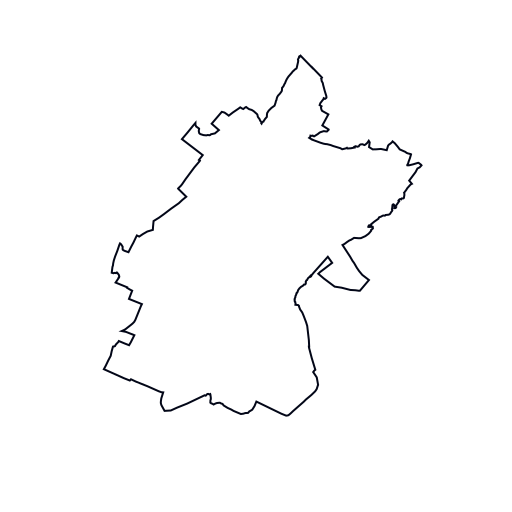 Todiresti, Vaslui, Romania (Albers equal-area conic projection), rotated 219°
{"feature_id": "2599482B7310026147144", "entity_name": "Todiresti", "entity_type": "district", "adm_level": 2, "iso_a3": "ROU", "parent_name": "Romania", "parent_adm1": "Vaslui", "projection": "albers", "projection_center": [27.385, 46.85], "detail": "fine", "context": "isolated", "style": "outline", "palette": "ink", "viewbox_px": 512, "rotation_deg": 219, "n_neighbors": 0, "source": "geoboundaries", "source_scale": "gbopen_adm2", "svg_char_len": 6115}
<svg xmlns="http://www.w3.org/2000/svg" viewBox="0 0 512 512"><g transform="rotate(219 256 256)"><path d="M347.6,439.3L347.9,438.7L348.0,438.2L347.4,436.8L347.2,435.6L346.9,434.9L346.1,434.4L345.3,433.0L342.7,427.7L342.6,427.1L343.2,425.3L343.3,424.0L343.6,422.4L343.5,421.3L343.7,416.0L343.6,414.6L343.3,412.4L342.7,410.1L342.2,408.7L342.1,407.6L341.5,405.2L341.5,403.9L341.6,403.2L339.9,400.7L339.7,399.7L339.6,397.0L339.8,394.6L339.6,393.1L339.1,391.7L338.2,389.9L338.1,389.1L337.3,387.5L336.2,384.5L337.2,380.8L337.6,377.0L337.3,374.2L336.5,372.8L335.1,370.9L335.2,368.2L334.9,365.4L334.8,365.1L335.1,364.8L335.3,363.6L335.0,362.4L335.4,362.5L335.4,362.9L335.7,363.3L337.9,363.8L339.6,364.7L341.5,365.1L342.4,365.5L343.7,366.6L344.5,366.9L349.0,367.1L351.3,366.8L353.7,365.8L355.8,365.6L357.4,365.6L357.8,364.9L358.4,362.2L359.4,361.9L361.8,361.6L362.4,359.3L364.3,353.0L365.5,347.9L366.7,347.9L370.2,347.7L370.9,347.6L373.3,346.5L373.7,330.9L364.1,330.5L365.1,325.4L367.6,322.3L367.7,321.4L368.0,320.7L369.7,319.6L370.5,318.5L372.9,316.9L376.0,315.7L377.3,315.7L378.7,316.7L379.6,317.8L380.0,318.7L380.4,319.2L384.0,319.0L385.6,319.8L386.8,321.3L386.9,317.9L386.9,309.1L387.1,300.2L360.9,300.9L360.8,294.7L359.6,294.8L359.5,294.3L359.7,286.0L359.1,271.4L358.6,265.2L358.6,263.3L359.0,259.7L359.0,259.4L358.7,259.3L347.5,258.2L348.5,253.4L349.2,248.4L351.7,239.6L353.9,230.6L355.5,224.7L357.6,218.7L354.2,213.6L352.6,211.4L355.9,206.6L357.7,201.9L359.0,197.6L361.5,197.0L361.1,195.1L359.7,189.3L358.9,185.0L357.5,178.7L361.4,177.3L363.1,177.0L363.6,177.1L364.0,177.4L365.5,179.3L368.2,180.2L369.6,180.2L369.3,178.9L367.0,172.7L365.2,167.0L363.7,163.1L362.4,160.5L361.2,158.6L360.7,157.2L357.6,152.2L355.9,152.9L355.5,153.7L354.0,154.6L354.0,155.4L353.6,155.7L350.9,155.1L349.4,154.1L349.2,152.9L348.9,152.9L348.4,147.0L336.8,150.5L336.8,150.2L336.5,150.1L333.3,150.5L330.4,151.1L327.7,142.7L314.4,146.8L313.9,144.6L309.6,130.5L309.2,128.2L309.4,125.9L309.8,123.9L311.4,116.9L312.0,115.4L313.1,113.2L309.3,115.2L300.7,117.9L299.0,110.1L298.5,106.8L303.2,105.3L309.1,103.6L308.9,102.5L309.2,99.1L308.9,97.2L309.3,96.5L310.1,95.8L310.1,95.5L308.3,91.3L306.1,87.0L305.1,82.0L303.7,76.1L303.0,72.3L281.8,77.9L275.7,79.8L275.6,81.5L270.3,82.8L258.3,86.5L246.4,89.7L243.8,90.6L242.3,91.6L240.0,85.8L238.6,83.4L237.5,81.9L236.6,81.2L235.5,80.5L229.6,78.1L225.0,82.3L221.9,88.5L216.6,98.0L208.3,115.4L207.5,115.6L207.2,115.8L207.1,116.2L207.1,117.3L206.9,118.2L206.3,118.8L205.1,119.1L204.7,119.9L204.1,119.5L201.7,117.2L200.9,116.1L200.7,115.3L199.2,113.3L198.2,113.3L196.6,113.8L195.5,113.9L194.7,115.8L193.8,117.2L192.0,119.0L191.5,119.3L190.3,119.4L189.0,120.0L187.1,119.5L182.4,120.1L178.6,121.1L175.9,121.5L168.3,123.7L166.6,125.5L165.5,127.2L163.5,129.0L163.4,129.3L163.4,131.2L163.0,131.9L162.2,134.2L162.7,138.4L164.1,143.1L137.0,149.4L132.1,150.9L130.8,152.3L130.4,153.4L130.0,155.6L129.6,158.8L127.2,172.8L126.9,175.8L125.5,182.9L124.9,187.8L124.9,188.6L125.1,190.8L126.5,194.4L126.6,194.9L132.4,199.9L138.5,201.8L138.6,203.6L138.3,204.9L148.5,211.8L157.2,218.2L157.9,218.9L157.7,219.1L162.0,223.9L172.2,233.9L175.5,236.1L180.8,239.2L184.5,241.2L188.0,242.2L190.8,243.8L191.3,244.3L192.3,244.4L194.7,242.9L195.5,244.2L196.2,244.5L196.6,245.0L197.1,245.0L197.6,245.3L198.1,245.9L198.2,246.3L198.7,246.5L199.0,247.0L199.5,248.8L200.1,249.6L200.3,250.6L200.6,251.6L200.9,252.0L200.9,252.7L201.2,253.0L201.0,253.9L201.8,256.1L201.9,258.2L201.6,260.4L200.8,262.5L200.8,263.9L200.0,264.6L199.9,265.8L200.3,266.2L200.6,266.8L201.1,267.2L201.3,267.9L201.5,268.7L201.2,269.5L201.6,271.3L201.3,273.3L200.8,273.7L200.5,274.5L201.2,274.6L201.1,275.6L200.7,275.6L200.7,279.2L199.7,300.6L192.5,298.6L196.1,283.9L196.4,281.4L189.1,281.2L175.6,281.7L169.6,285.2L161.3,289.0L157.1,292.0L154.4,293.6L153.4,294.4L153.1,308.4L161.5,308.2L166.5,309.2L170.2,310.3L175.4,312.3L178.0,313.0L182.4,314.7L195.7,319.0L194.8,321.1L194.0,324.3L193.2,326.9L192.4,328.3L191.2,331.8L187.3,334.5L185.7,335.9L183.5,340.3L182.5,344.1L182.4,346.0L182.4,348.1L182.9,348.6L182.5,350.9L182.9,351.1L183.3,351.9L183.6,352.1L187.0,349.3L187.3,349.6L187.5,350.9L187.2,351.3L185.8,352.1L185.8,352.6L186.5,353.2L185.7,357.1L184.3,362.1L184.7,363.2L184.6,363.7L183.7,365.1L182.9,367.1L182.4,367.7L181.2,368.5L181.1,369.4L178.9,371.6L178.4,372.7L178.4,373.7L178.6,375.1L178.6,376.5L178.8,377.3L179.9,378.0L180.0,379.0L180.4,379.1L182.0,381.5L182.0,382.2L181.8,382.6L181.2,382.7L180.3,382.4L178.4,380.4L177.7,381.1L177.8,381.9L178.4,381.6L178.8,381.9L179.2,388.6L180.1,388.6L180.2,389.2L180.1,390.3L179.8,391.0L178.8,391.4L178.9,391.9L179.0,392.4L177.7,393.5L177.6,393.9L177.7,394.4L178.2,395.2L179.0,396.7L180.2,398.1L180.7,398.3L180.8,401.8L181.1,403.9L180.9,408.2L180.7,409.4L180.3,410.2L184.4,411.0L184.8,421.6L185.6,425.6L184.6,427.9L184.4,430.6L185.0,430.8L188.3,430.7L188.9,430.1L191.6,426.1L194.3,422.6L195.5,421.7L195.7,421.8L196.0,423.6L196.8,425.4L197.9,428.8L199.5,432.6L199.8,432.6L202.6,431.3L203.9,430.9L205.4,430.9L211.4,429.3L214.5,430.1L219.2,431.0L222.0,431.0L221.9,430.0L222.3,427.8L222.8,426.1L222.8,424.9L221.0,420.5L226.3,417.8L229.8,414.5L232.4,412.3L236.7,411.8L239.2,415.9L240.9,416.5L240.7,414.0L241.1,411.4L241.6,410.4L243.5,409.9L244.9,408.6L245.3,407.7L245.2,405.8L246.0,404.7L247.7,404.0L248.3,402.8L247.6,402.4L250.0,399.5L251.9,397.7L252.6,397.1L253.4,397.3L253.5,396.9L254.2,395.8L256.2,393.2L258.2,392.9L265.3,390.0L267.8,389.2L271.2,387.6L272.5,386.7L274.2,385.8L277.2,384.6L284.0,382.3L285.7,381.9L285.7,381.7L289.0,381.3L288.8,382.7L289.4,383.8L288.7,384.1L287.7,385.3L286.9,385.2L286.1,385.6L284.7,389.7L284.3,391.6L283.9,392.7L281.9,395.7L279.9,396.9L279.2,397.5L279.1,399.0L278.7,399.9L278.4,400.1L286.6,399.2L288.9,411.6L296.0,410.4L297.4,411.0L299.0,412.3L299.3,413.6L301.5,413.3L302.2,415.3L302.3,418.9L302.2,420.4L302.7,421.1L302.7,421.3L301.5,421.4L301.2,421.6L300.9,422.9L300.9,423.3L301.1,423.7L302.2,424.7L306.4,427.5L311.6,431.3L312.9,432.4L315.2,433.4L316.7,434.9L316.9,434.9L317.0,436.2L330.9,437.9L330.8,437.7L347.4,439.7L347.4,439.1L347.6,439.3Z" fill="none" stroke="#020617" stroke-width="2"/></g></svg>